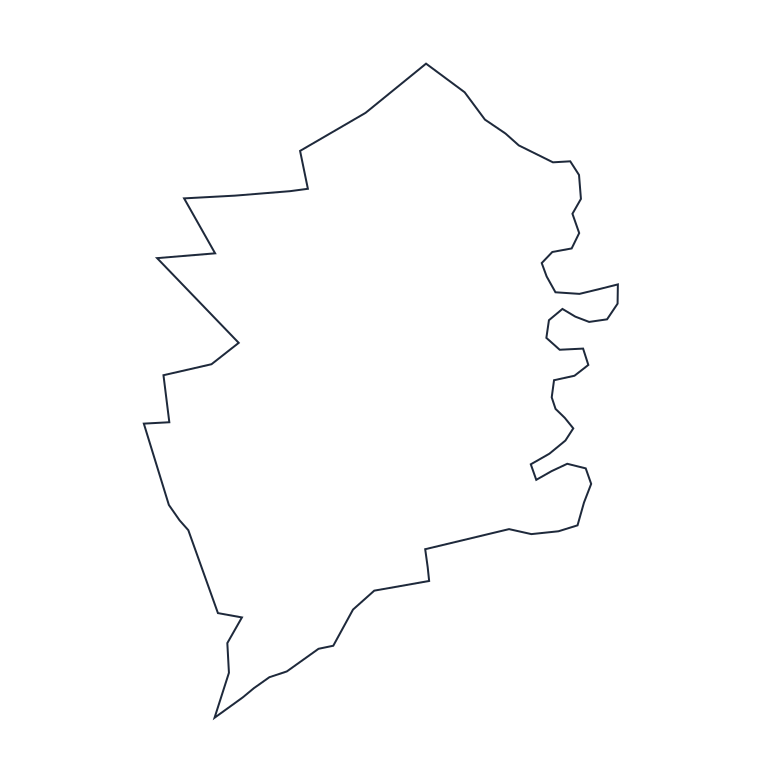 Nova Boa Vista, Rio Grande do Sul, Brazil (orthographic projection), rotated 264°
{"feature_id": "56859067B80899080982084", "entity_name": "Nova Boa Vista", "entity_type": "district", "adm_level": 2, "iso_a3": "BRA", "parent_name": "Brazil", "parent_adm1": "Rio Grande do Sul", "projection": "orthographic", "projection_center": [-52.985, -27.999], "detail": "fine", "context": "isolated", "style": "outline", "palette": "slate", "viewbox_px": 768, "rotation_deg": 264, "n_neighbors": 0, "source": "geoboundaries", "source_scale": "gbopen_adm2", "svg_char_len": 1135}
<svg xmlns="http://www.w3.org/2000/svg" viewBox="0 0 768 768"><g transform="rotate(264 384 384)"><path d="M547.5,599.2L571.5,599.8L586.0,592.5L586.8,575.2L607.2,543.0L620.4,531.0L636.4,512.0L665.7,494.7L698.2,459.3L655.6,394.0L624.6,324.9L586.1,328.7L585.6,310.8L586.9,255.8L589.5,204.6L531.6,229.7L532.9,171.5L440.1,243.8L421.7,214.5L415.8,165.6L368.4,166.5L369.7,141.0L286.2,157.4L269.7,166.5L259.1,174.1L173.5,194.9L166.7,218.3L142.7,201.1L113.0,199.6L69.8,180.6L87.1,210.8L95.1,222.8L104.4,239.4L108.3,257.3L127.5,291.2L129.0,306.2L162.9,329.6L179.5,352.7L183.4,408.3L197.3,408.3L215.4,407.7L226.6,493.2L219.3,514.9L219.3,542.1L223.2,561.7L245.2,570.5L263.0,579.6L279.0,575.8L285.5,557.9L279.8,541.5L272.8,525.4L288.8,521.6L297.4,541.2L308.8,558.5L320.1,567.6L331.5,560.2L341.3,552.0L353.2,549.4L370.0,553.5L372.3,574.3L381.6,589.2L398.4,585.7L399.7,562.3L412.9,550.3L430.2,554.7L440.0,569.3L431.0,581.3L424.3,594.5L425.0,612.6L439.5,624.7L458.6,627.0L456.0,608.8L453.2,587.8L457.3,564.1L473.9,557.0L487.8,553.5L497.7,565.2L499.2,584.8L513.7,593.9L533.6,589.2L547.5,599.2Z" fill="none" stroke="#1e293b" stroke-width="2"/></g></svg>